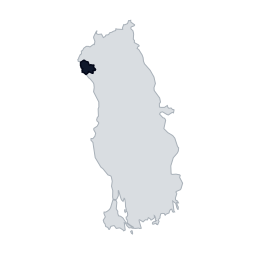 Artvin on a map of Turkey (Albers equal-area conic projection), rotated 254°
{"feature_id": "TUR-2298", "entity_name": "Artvin", "entity_type": "Province", "adm_level": 1, "iso_a3": "TUR", "parent_name": "Turkey", "parent_adm1": "", "projection": "albers", "projection_center": [41.741, 41.035], "detail": "fine", "context": "in_parent", "style": "filled", "palette": "ink", "viewbox_px": 256, "rotation_deg": 254, "n_neighbors": 0, "source": "natural_earth", "source_scale": "10m", "svg_char_len": 4676}
<svg xmlns="http://www.w3.org/2000/svg" viewBox="0 0 256 256"><g transform="rotate(254 128 128)"><path d="M194.4,99.4L197.7,100.6L198.8,99.7L201.8,99.8L204.5,100.5L205.9,98.5L207.8,98.7L208.2,99.7L209.1,100.0L211.9,102.5L211.6,102.8L212.3,103.8L214.8,104.3L215.0,105.6L216.9,107.5L218.0,110.4L217.4,112.5L216.4,113.8L218.0,118.2L217.5,118.7L220.5,120.1L224.3,119.8L225.5,120.4L229.2,123.8L230.2,125.1L227.6,123.5L226.2,125.0L225.6,128.4L221.7,129.2L222.3,131.4L223.4,132.4L223.1,134.5L223.4,135.4L224.6,136.7L224.5,138.6L225.0,140.6L225.1,143.0L226.7,143.7L226.0,144.9L224.3,149.8L224.4,150.2L225.7,150.2L228.6,152.4L228.1,153.2L228.5,156.3L231.1,158.2L230.7,159.3L230.8,160.3L229.0,159.9L225.4,162.8L225.0,162.7L224.5,161.8L224.3,159.0L223.4,158.3L222.3,158.2L220.3,159.5L218.5,159.5L216.7,159.3L212.0,157.6L210.2,158.3L208.4,157.6L204.9,161.1L203.8,161.4L203.2,159.7L202.0,158.7L200.4,160.0L194.3,161.7L191.5,161.9L188.0,161.3L185.2,161.5L177.4,165.2L169.9,167.0L163.2,166.6L159.6,164.1L156.8,163.5L148.1,166.7L144.0,166.4L142.6,164.8L139.5,164.0L138.7,165.4L137.8,168.8L138.8,172.0L136.9,172.0L135.7,172.7L135.3,175.0L133.6,175.8L132.9,177.2L132.6,177.2L130.0,175.9L130.8,174.8L129.4,170.3L130.4,169.0L134.0,165.7L134.1,163.6L132.7,162.1L128.2,164.4L127.7,165.4L126.6,166.1L125.0,166.3L117.5,162.3L112.7,164.9L108.4,168.9L105.3,170.2L96.5,170.5L94.9,171.2L92.0,170.0L90.4,168.6L86.9,163.3L79.8,158.7L72.0,156.8L71.2,157.7L70.4,161.5L68.7,164.8L68.0,165.1L66.3,164.0L59.9,165.3L55.0,162.2L54.2,161.1L53.7,156.8L52.9,156.4L52.0,156.8L51.2,156.7L47.7,154.3L45.7,153.9L44.2,155.4L42.1,155.9L42.2,155.4L43.1,154.3L40.0,154.1L38.2,154.6L36.0,153.8L36.2,153.3L38.1,153.0L42.4,153.1L45.5,150.8L35.5,149.3L34.5,149.7L34.6,148.3L35.3,147.7L37.9,147.7L38.0,146.4L36.6,144.9L35.0,144.0L34.7,140.8L33.9,139.9L34.1,139.6L35.8,139.3L36.5,137.2L36.5,135.8L33.5,134.1L32.8,134.1L32.2,132.8L31.0,131.7L29.8,132.2L26.9,129.9L27.7,128.7L28.5,128.9L28.8,127.9L28.5,126.1L28.7,125.3L29.4,125.1L30.2,125.4L30.8,126.6L30.6,128.5L31.2,129.8L32.0,128.8L33.4,129.7L36.0,129.5L36.6,129.1L34.7,128.8L34.1,128.2L33.1,124.8L34.8,124.2L36.2,122.8L34.3,121.4L35.0,119.4L33.6,116.6L36.6,113.9L36.6,113.4L35.8,113.1L28.0,113.1L28.1,111.7L28.9,110.5L29.4,107.5L30.0,106.0L31.5,105.7L33.6,103.7L36.9,101.3L39.8,101.9L41.1,101.3L42.8,101.6L43.1,102.7L44.5,103.8L47.2,104.1L48.6,103.6L47.6,102.0L49.2,101.8L50.3,102.3L49.4,103.7L49.8,103.9L53.3,104.0L56.9,104.9L60.9,105.3L61.5,104.9L58.8,103.0L60.8,101.9L61.9,101.8L70.4,101.7L70.5,101.4L65.5,100.0L63.1,97.9L62.5,96.8L63.4,94.5L64.0,94.0L65.9,94.2L72.0,96.1L76.5,96.1L81.2,98.2L86.0,98.5L87.0,97.9L88.4,95.8L95.5,92.8L98.0,91.1L108.6,88.3L123.8,90.3L126.6,89.0L128.1,89.6L127.6,90.6L127.6,91.5L129.2,93.9L131.9,95.5L135.7,94.6L137.1,95.1L138.2,98.8L140.5,101.1L141.5,101.3L143.1,100.2L144.5,100.1L146.6,101.4L147.4,102.8L154.7,104.6L156.2,105.8L161.1,107.1L172.3,104.9L176.3,106.7L179.7,107.3L181.2,107.1L185.7,105.1L187.1,104.0L189.9,103.0L193.4,100.7L194.4,99.4ZM53.8,81.8L53.3,83.3L53.7,85.2L54.8,87.8L56.2,89.3L63.1,93.7L61.6,96.6L59.7,96.8L53.5,94.4L50.7,95.2L48.9,94.6L46.2,94.7L45.2,96.5L43.0,98.3L37.5,100.0L31.9,104.4L30.4,104.8L31.4,103.2L31.6,101.6L33.9,100.2L37.1,99.3L38.0,98.3L30.7,97.2L30.3,95.5L31.1,95.3L34.0,92.9L34.4,91.8L34.7,89.0L37.8,87.9L38.1,87.3L38.2,84.4L35.7,82.3L35.9,81.6L38.0,81.2L39.4,79.4L42.2,79.5L43.7,78.8L46.2,78.8L48.8,81.7L52.5,81.3L53.8,81.8ZM28.1,103.6L25.6,103.5L24.9,103.0L25.9,102.3L27.8,102.0L28.3,103.0L28.1,103.6Z" fill="#d9dde1" stroke="#a8b0b8" stroke-width="1"/><path d="M204.2,100.6L204.3,100.6L204.5,101.4L204.6,102.0L204.7,102.3L204.8,102.5L205.0,103.0L205.3,104.0L205.0,104.9L204.1,105.4L203.2,106.4L202.6,107.7L201.9,107.8L201.3,107.9L200.6,107.9L199.8,107.9L199.5,108.1L199.1,108.4L199.0,109.0L199.1,109.6L198.8,110.1L198.4,110.6L198.2,111.1L198.2,111.8L197.7,112.5L196.8,112.0L195.9,111.7L195.1,112.0L194.2,112.6L193.2,112.9L192.5,112.3L192.6,111.1L192.9,110.6L192.8,110.1L192.4,110.0L191.1,109.8L190.3,109.3L190.5,108.7L191.5,107.6L191.7,107.4L191.9,107.2L192.0,106.9L192.2,106.6L192.8,106.3L193.1,105.6L192.7,105.3L192.3,105.1L192.2,104.8L192.1,104.6L191.9,104.4L191.7,104.2L191.5,103.8L191.4,103.2L191.1,102.5L191.1,102.4L192.0,101.7L192.3,101.6L192.5,101.5L192.6,101.4L193.0,101.4L193.3,101.2L193.5,100.9L193.6,100.6L193.6,100.3L194.4,99.7L194.5,99.4L195.6,99.9L195.8,100.0L196.1,99.9L196.3,99.8L196.4,100.0L196.5,100.2L196.9,100.3L197.0,100.3L197.5,100.7L197.6,100.8L197.7,100.7L198.1,100.3L198.4,99.9L198.6,99.7L199.0,99.6L199.8,99.9L200.1,99.7L200.3,99.7L200.6,99.7L201.1,99.6L201.4,99.7L201.6,99.9L201.8,99.9L202.3,99.9L204.2,100.6Z" fill="#0f172a" stroke="#020617" stroke-width="1.5"/></g></svg>